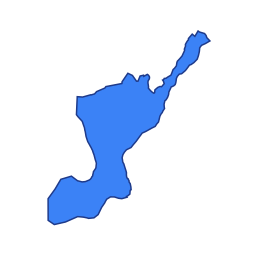 outline of Mokwa, Niger, Nigeria, rotated 277°
{"feature_id": "59680162B23155718085687", "entity_name": "Mokwa", "entity_type": "district", "adm_level": 2, "iso_a3": "NGA", "parent_name": "Nigeria", "parent_adm1": "Niger", "projection": "mercator", "projection_center": [5.257, 9.194], "detail": "fine", "context": "isolated", "style": "filled", "palette": "blue", "viewbox_px": 256, "rotation_deg": 277, "n_neighbors": 0, "source": "geoboundaries", "source_scale": "gbopen_adm2", "svg_char_len": 2830}
<svg xmlns="http://www.w3.org/2000/svg" viewBox="0 0 256 256"><g transform="rotate(277 128 128)"><path d="M59.2,135.5L59.9,134.9L60.5,135.9L62.6,137.9L65.2,137.8L66.0,137.8L66.3,137.8L66.6,138.0L67.0,138.2L67.1,138.3L67.1,138.5L67.3,138.5L67.6,138.6L67.8,138.5L68.1,138.4L68.3,138.3L69.7,138.1L73.0,137.0L74.5,135.7L75.9,135.4L76.9,134.6L77.7,134.2L77.7,133.6L79.3,132.6L81.5,132.1L83.5,131.9L85.5,131.1L88.5,129.7L91.9,128.2L93.5,127.0L96.1,126.3L97.7,125.8L100.9,126.2L103.6,127.4L106.2,129.1L109.0,133.4L109.5,133.7L112.3,135.4L115.9,137.8L116.1,137.9L119.9,140.0L124.7,142.7L126.7,146.0L130.8,151.6L132.9,154.8L135.6,156.1L137.6,157.5L140.5,157.9L143.4,158.2L145.7,159.0L147.5,160.1L149.2,160.6L151.8,161.9L153.3,161.4L156.0,160.9L159.6,161.3L160.5,162.3L163.1,163.5L165.9,164.2L168.7,164.2L170.6,164.8L172.1,165.3L174.1,165.9L174.6,167.0L175.5,168.3L176.8,169.5L178.7,169.9L180.7,170.0L183.1,170.0L185.3,170.7L187.7,172.3L188.4,174.6L189.2,175.4L191.6,177.6L192.1,178.0L193.2,178.7L196.0,180.3L197.9,181.3L198.6,182.8L200.9,185.4L204.7,188.3L208.0,189.0L208.6,189.1L211.4,189.4L212.9,189.5L213.2,189.5L216.4,189.4L219.0,190.9L221.3,194.6L224.4,198.7L227.3,195.2L229.4,194.2L231.1,192.5L232.0,187.2L232.8,185.7L227.1,183.2L229.0,180.3L224.2,177.1L222.8,177.2L222.1,176.6L220.7,175.9L218.0,174.8L217.9,174.8L216.2,175.1L213.5,174.4L213.5,174.5L211.7,174.7L209.9,174.1L206.1,172.9L203.8,171.4L202.1,170.2L201.0,169.4L200.4,168.9L199.2,168.6L198.1,168.5L197.2,168.5L195.5,168.4L192.7,166.7L192.1,166.1L191.7,165.8L191.2,165.5L190.5,165.4L189.8,165.2L188.8,165.0L186.9,164.5L185.6,164.1L183.4,161.2L182.0,159.7L181.6,157.9L180.4,157.5L179.8,156.5L178.7,157.5L176.4,158.5L173.1,156.3L173.1,154.7L171.9,152.6L169.2,150.1L168.5,150.1L166.3,150.1L165.7,149.4L165.9,148.8L166.9,147.0L168.1,145.5L170.0,143.4L171.6,143.3L173.8,142.7L175.1,142.3L177.1,142.2L179.4,143.2L180.8,143.2L181.5,143.0L182.1,142.6L183.1,141.6L183.6,140.6L182.3,138.9L181.2,137.4L182.3,137.0L181.1,133.7L175.7,132.2L175.5,130.7L180.7,126.0L182.3,121.2L173.2,116.5L171.4,116.5L166.4,101.0L164.8,100.1L160.3,92.4L157.8,90.7L156.3,87.3L156.4,86.9L153.2,79.2L152.9,73.8L134.9,75.2L132.9,77.2L129.0,81.8L124.8,83.8L123.1,84.7L120.4,85.5L119.2,86.0L114.5,87.4L111.9,88.6L111.3,88.9L109.6,89.7L106.5,92.0L105.8,92.5L105.2,92.9L103.9,93.9L102.7,94.6L101.6,95.4L100.5,95.9L99.6,96.3L97.1,97.6L92.3,99.5L90.9,100.2L89.2,100.9L84.8,101.0L83.9,100.8L80.4,99.0L79.0,99.0L77.9,98.8L76.0,98.7L75.2,98.1L74.0,97.7L72.9,97.1L72.4,96.7L71.6,95.8L69.6,92.2L68.9,89.0L69.5,84.3L73.3,77.7L68.9,67.6L58.4,63.0L48.1,57.3L26.6,60.0L23.2,66.6L27.1,77.4L33.9,88.8L34.0,91.0L34.1,94.6L33.8,98.4L33.5,99.9L34.7,105.2L38.4,108.9L46.0,111.5L50.8,114.0L52.3,114.5L54.7,115.5L57.5,119.0L57.9,123.0L57.1,127.2L57.1,130.5L59.2,135.5Z" fill="#3b82f6" stroke="#1e3a8a" stroke-width="1.5"/></g></svg>